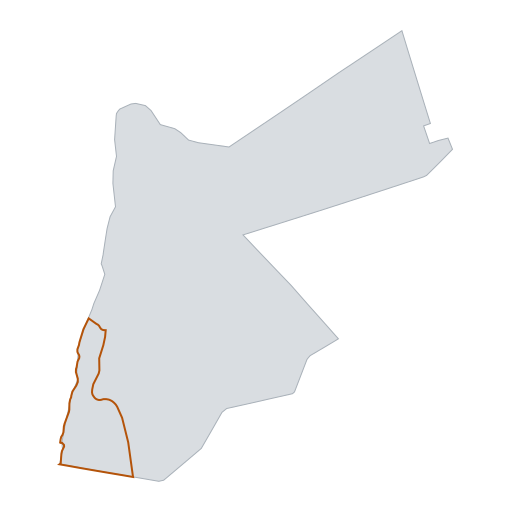 Jordan, with Aqaba highlighted
{"feature_id": "JOR-849", "entity_name": "Aqaba", "entity_type": "Province", "adm_level": 1, "iso_a3": "JOR", "parent_name": "Jordan", "parent_adm1": "", "projection": "albers", "projection_center": [35.24, 29.976], "detail": "fine", "context": "in_parent", "style": "outline", "palette": "amber", "viewbox_px": 512, "rotation_deg": 0, "n_neighbors": 0, "source": "natural_earth", "source_scale": "10m", "svg_char_len": 2341}
<svg xmlns="http://www.w3.org/2000/svg" viewBox="0 0 512 512"><path d="M135.7,103.4L145.4,105.6L151.0,110.5L160.3,124.6L174.8,128.7L180.7,132.6L188.6,140.1L198.3,142.7L229.0,147.0L253.1,130.8L273.5,117.1L296.6,101.5L312.2,90.9L338.8,72.7L356.3,61.1L379.3,45.8L401.9,30.7L409.0,54.1L416.0,76.9L423.3,100.6L430.4,123.5L423.6,125.9L429.6,143.5L438.4,140.5L448.0,138.1L452.5,149.3L439.6,162.5L426.6,175.4L423.5,176.9L406.2,182.6L370.8,194.2L347.1,201.9L316.6,211.7L291.3,219.7L266.2,227.6L243.0,234.9L256.5,249.2L277.4,271.1L291.3,285.6L307.8,304.4L322.7,321.1L338.4,338.8L327.8,345.2L310.2,355.6L308.5,357.5L307.0,359.4L300.0,377.6L294.5,391.9L292.5,393.7L267.7,399.3L242.6,405.0L226.7,408.5L222.0,412.3L211.9,430.0L201.3,448.4L183.5,463.5L163.7,480.2L158.8,481.3L144.3,478.8L119.6,474.6L95.8,470.5L79.5,467.6L59.7,464.1L62.6,450.1L61.8,442.6L66.5,417.9L69.3,406.1L70.7,397.5L77.5,380.0L76.7,374.3L78.1,354.1L77.4,350.2L80.5,339.3L86.2,323.3L91.9,309.6L93.9,303.4L99.6,290.3L104.8,274.3L102.0,265.6L101.2,263.9L103.3,253.8L103.2,253.7L105.7,237.3L107.1,228.5L110.1,216.7L115.5,206.8L112.9,183.4L113.2,170.8L116.5,156.4L114.6,139.6L116.2,115.7L116.5,113.5L118.4,110.6L119.9,109.0L131.0,104.0L135.7,103.4Z" fill="#d9dde1" stroke="#a8b0b8" stroke-width="1"/><path d="M60.2,442.2L60.6,439.3L61.2,436.9L62.5,434.9L63.4,432.3L63.9,426.3L64.6,423.6L68.9,412.0L69.3,409.8L69.4,403.3L70.1,399.7L70.4,398.8L70.9,397.9L71.2,397.0L71.3,395.7L72.4,391.5L76.3,385.6L77.8,382.0L77.8,378.6L75.9,372.1L76.0,369.0L76.6,367.2L77.5,361.7L78.1,360.3L78.7,359.2L79.2,358.1L79.4,356.6L79.1,355.1L77.8,352.9L77.4,351.8L77.4,349.3L79.0,344.9L79.4,342.4L83.4,329.3L88.7,318.4L90.1,319.4L96.4,323.9L97.8,324.6L99.0,325.7L100.1,327.6L101.2,329.1L102.5,329.8L103.6,330.1L105.7,330.2L105.1,336.9L103.3,345.3L99.2,358.3L99.4,370.4L98.7,373.5L93.3,384.2L92.2,389.5L92.0,392.3L92.4,394.3L92.9,395.3L93.7,396.5L94.5,397.6L95.6,398.7L96.9,399.4L98.4,399.9L99.9,400.0L101.3,399.8L102.5,399.4L103.7,399.1L106.0,399.1L108.8,399.6L110.5,400.3L112.3,401.3L114.1,402.8L115.8,404.6L117.2,406.8L122.1,417.8L128.2,442.3L132.9,476.1L133.1,477.0L122.1,475.1L108.3,472.8L95.4,470.6L80.9,468.1L69.8,466.1L59.5,464.3L60.7,463.4L61.4,453.7L62.0,450.9L64.1,446.6L64.0,444.9L62.1,442.9L60.8,442.9L60.7,442.6L60.7,442.3L60.6,442.1L60.2,442.2Z" fill="none" stroke="#b45309" stroke-width="2"/></svg>